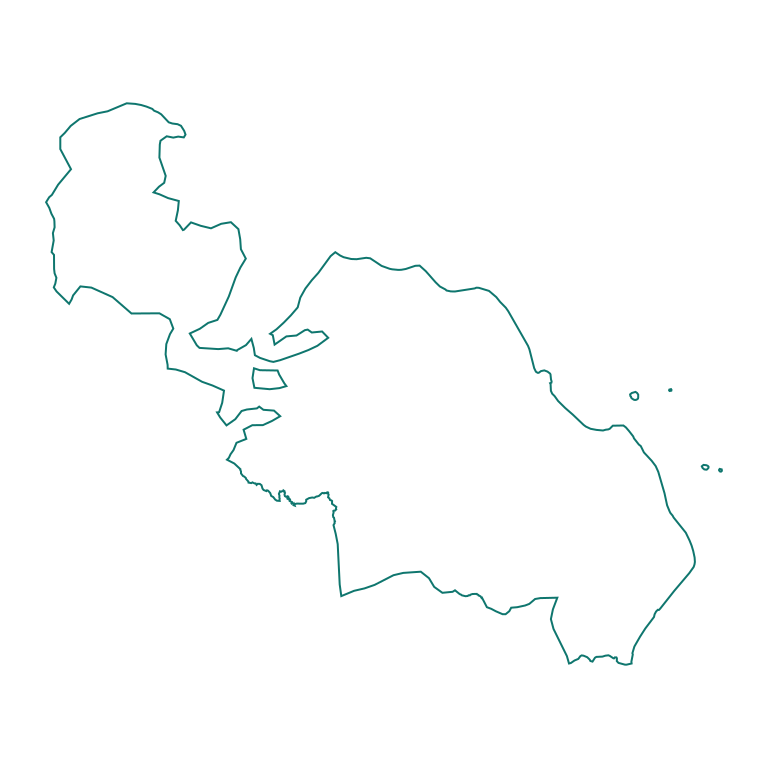 Nias, Sumatera Utara, Indonesia (Mercator projection)
{"feature_id": "22746128B114560941686", "entity_name": "Nias", "entity_type": "district", "adm_level": 2, "iso_a3": "IDN", "parent_name": "Indonesia", "parent_adm1": "Sumatera Utara", "projection": "mercator", "projection_center": [97.729, 1.084], "detail": "fine", "context": "isolated", "style": "outline", "palette": "teal", "viewbox_px": 768, "rotation_deg": 0, "n_neighbors": 0, "source": "geoboundaries", "source_scale": "gbopen_adm2", "svg_char_len": 6100}
<svg xmlns="http://www.w3.org/2000/svg" viewBox="0 0 768 768"><path d="M97.6,113.3L79.6,119.0L70.7,125.9L64.8,132.9L60.3,137.3L60.3,149.1L71.0,169.2L58.1,184.7L51.9,194.9L49.2,197.2L46.1,202.2L49.3,207.9L51.4,213.7L54.1,218.8L54.4,221.2L54.6,227.3L52.9,233.1L53.7,240.5L51.6,252.1L54.0,254.9L54.1,269.0L54.6,273.3L56.4,277.8L55.3,283.6L53.8,287.4L56.5,291.4L69.1,303.8L71.6,299.5L73.1,295.4L80.4,286.4L91.4,287.6L112.6,297.1L131.5,313.5L159.4,313.3L169.8,319.2L173.3,328.6L170.0,334.1L166.3,344.1L165.6,354.4L167.6,364.9L167.7,368.6L175.8,369.5L185.0,372.2L202.1,381.8L212.5,385.5L224.0,390.6L222.2,402.8L219.1,412.2L217.1,412.4L220.2,417.5L226.5,425.4L235.3,419.2L241.6,411.0L246.9,409.5L256.9,408.4L259.2,406.6L263.4,409.8L274.0,410.6L280.2,416.2L272.1,420.9L262.9,425.1L252.3,425.2L243.6,429.7L246.3,438.9L236.5,442.8L233.5,450.1L230.5,454.3L228.9,457.8L227.0,459.7L234.3,463.5L240.4,469.2L240.2,469.7L241.0,471.4L241.0,473.4L243.0,476.0L244.3,476.6L245.9,478.1L246.1,479.0L248.4,481.6L248.5,482.6L251.3,483.1L252.4,482.4L254.7,483.5L255.6,483.4L256.6,484.9L257.7,483.8L259.8,483.9L261.5,485.2L262.5,488.6L263.6,490.0L266.4,491.1L267.0,490.3L268.1,490.7L270.2,493.0L271.2,495.9L273.3,497.1L275.2,499.6L276.9,500.7L279.7,500.9L279.5,499.6L279.7,498.7L279.3,497.2L279.5,495.7L278.9,493.9L280.0,491.3L281.0,491.8L281.7,491.3L283.1,491.1L283.4,490.4L284.6,491.3L284.4,492.2L285.0,492.9L284.5,494.5L284.9,496.1L285.8,496.7L286.5,496.5L287.3,496.8L287.7,496.3L288.3,496.6L288.5,497.5L287.3,497.8L287.4,498.7L288.0,499.0L289.0,498.4L289.4,498.7L290.1,499.6L290.1,500.2L289.5,500.5L289.6,501.0L292.1,502.1L292.1,502.7L291.5,503.3L291.7,503.6L292.3,503.2L293.1,503.8L293.7,503.4L293.9,504.6L293.6,505.2L294.7,505.6L294.3,504.5L294.7,504.1L296.8,503.6L303.0,503.7L305.3,503.1L306.2,501.4L306.2,499.7L309.1,498.1L312.2,497.5L314.2,497.8L316.4,496.5L317.5,496.4L319.1,495.8L321.8,493.2L322.9,492.9L324.0,493.4L324.8,492.9L326.3,493.2L327.2,492.3L327.9,492.3L328.2,492.8L327.8,493.5L328.6,494.5L328.1,497.3L329.4,498.4L330.1,500.1L331.4,500.4L332.1,501.0L332.0,503.8L336.3,506.9L335.9,508.9L336.2,509.4L335.0,510.6L333.9,510.6L333.3,511.0L333.6,512.6L332.9,515.1L333.3,517.2L334.0,517.7L334.5,520.4L335.0,521.3L334.5,521.9L334.7,523.1L333.5,525.1L335.7,533.8L337.7,544.1L339.7,584.5L341.3,596.1L354.1,590.8L364.5,588.4L374.6,584.9L393.5,575.2L403.3,572.9L420.8,571.7L429.0,578.2L434.2,586.9L442.4,592.8L452.6,591.8L455.0,590.3L459.7,594.1L461.0,594.6L461.8,595.3L465.5,596.2L467.7,596.0L468.5,595.3L469.9,595.3L470.4,594.7L472.5,594.0L476.8,593.9L477.1,594.4L478.4,594.9L478.6,595.5L480.5,596.3L481.6,598.0L482.0,597.7L486.9,607.2L491.2,608.8L495.9,611.3L502.6,614.2L505.6,614.2L509.3,611.2L511.2,607.7L517.2,607.2L525.1,605.5L529.3,603.9L535.1,599.0L540.3,598.1L557.3,597.7L552.9,609.4L550.9,619.1L553.5,628.9L566.9,656.1L569.0,663.5L570.9,663.0L574.5,660.5L578.3,658.9L580.4,656.1L581.7,655.4L583.6,655.7L587.2,657.2L589.7,659.6L590.4,661.0L592.5,661.6L595.0,657.7L596.4,656.9L602.5,656.6L605.3,655.7L608.4,655.3L609.8,655.9L613.4,658.3L614.2,658.3L614.8,657.4L616.4,657.4L616.9,658.3L616.8,661.1L618.5,662.9L625.1,664.7L626.4,664.7L631.6,663.5L631.4,661.6L632.8,654.4L632.4,653.2L634.4,646.5L640.1,636.6L645.3,628.5L654.0,617.0L654.6,614.3L656.1,611.5L657.8,609.8L658.8,610.0L659.2,609.7L660.3,608.5L674.3,590.8L689.3,573.1L693.7,566.9L694.5,564.4L694.9,561.9L694.6,557.5L693.2,550.9L691.6,545.6L689.6,540.6L685.8,532.7L673.6,517.5L672.6,515.6L670.4,513.0L669.6,511.4L667.1,505.3L664.5,493.2L658.3,471.9L655.7,466.1L651.7,460.8L643.9,452.4L640.8,446.1L638.8,444.5L636.6,441.7L634.0,438.4L633.2,436.4L629.0,431.0L625.9,427.4L623.4,425.5L612.8,425.7L609.7,428.8L608.3,429.4L605.8,429.7L603.0,430.5L596.5,429.9L590.6,428.8L585.9,426.6L583.6,424.9L572.9,414.7L565.2,408.0L558.1,401.0L554.6,396.1L552.2,393.7L550.9,390.8L550.6,384.2L550.1,383.2L551.4,382.7L551.6,381.5L551.0,379.4L550.5,374.5L550.1,373.6L547.5,371.6L544.3,370.4L541.0,371.1L538.7,372.8L537.6,372.8L535.9,371.7L534.2,368.2L529.4,349.3L528.0,345.8L508.3,311.3L505.8,307.7L500.1,301.9L496.3,297.1L489.0,290.9L478.8,287.8L476.3,287.7L474.8,288.4L454.9,291.5L450.8,291.4L446.5,290.5L445.5,289.5L439.9,286.5L435.6,282.3L425.8,271.2L419.6,265.6L415.3,265.8L405.7,269.0L401.2,269.8L398.3,269.9L392.1,269.3L389.7,268.8L381.6,265.9L370.2,258.3L366.2,257.8L356.6,259.2L351.2,259.0L343.6,257.2L340.1,255.5L335.3,252.2L330.6,256.1L318.4,272.8L311.8,280.2L305.4,288.5L300.3,297.6L297.7,307.4L291.0,315.2L284.0,322.4L276.5,329.3L270.1,333.8L272.8,335.2L274.6,344.6L286.4,336.4L296.5,335.5L304.8,330.2L307.7,329.6L311.8,332.5L322.1,331.5L328.2,337.8L317.4,345.8L308.5,350.0L299.2,353.6L280.1,360.2L273.4,361.9L269.8,361.2L260.0,357.9L254.9,355.2L253.8,348.0L251.4,338.9L246.0,345.1L237.2,350.1L236.8,350.8L228.2,348.3L218.3,349.1L199.5,347.9L196.8,345.3L189.8,333.5L199.8,328.8L208.2,322.9L217.4,319.9L220.4,314.7L228.8,296.5L235.7,277.4L240.4,267.5L245.8,258.6L240.9,249.2L240.2,239.2L238.4,229.1L230.9,222.2L221.2,223.8L211.0,228.3L200.7,225.8L191.0,222.4L184.0,229.7L182.9,230.1L179.7,225.3L175.7,220.8L177.9,210.3L178.8,201.0L168.1,198.1L159.5,194.3L153.6,192.4L159.0,186.7L164.2,182.8L165.7,175.9L159.4,157.6L159.8,144.5L160.5,140.7L166.7,136.3L173.3,137.6L178.2,136.6L183.8,137.4L185.5,134.6L184.2,130.9L181.0,125.8L177.6,124.2L172.3,123.5L168.7,122.3L161.2,114.3L158.0,112.3L154.1,110.7L152.3,108.9L146.5,106.6L141.1,105.0L135.2,103.9L126.7,103.3L107.6,111.3L97.6,113.3ZM259.9,370.2L277.6,370.5L279.2,374.6L284.3,383.3L286.4,386.1L279.5,388.1L269.7,389.2L254.4,387.8L252.5,378.1L254.0,368.3L259.9,370.2ZM636.6,399.7L638.0,398.6L638.2,397.4L638.2,394.6L637.1,393.0L635.5,391.9L631.8,393.0L630.1,394.4L630.4,396.1L631.0,396.6L631.2,397.7L632.1,398.6L633.8,399.7L635.1,400.0L636.6,399.7ZM707.1,469.4L708.5,467.8L708.5,466.6L707.7,465.8L706.3,465.2L703.5,464.9L701.8,466.3L702.6,468.0L704.3,469.4L706.3,469.7L707.1,469.4ZM721.1,471.6L721.9,470.8L721.7,469.4L719.7,468.9L719.1,469.7L719.1,470.5L720.2,471.6L721.1,471.6ZM669.6,391.0L671.3,390.7L671.5,389.9L671.0,389.1L669.3,389.6L669.1,390.4L669.6,391.0Z" fill="none" stroke="#0f766e" stroke-width="2"/></svg>